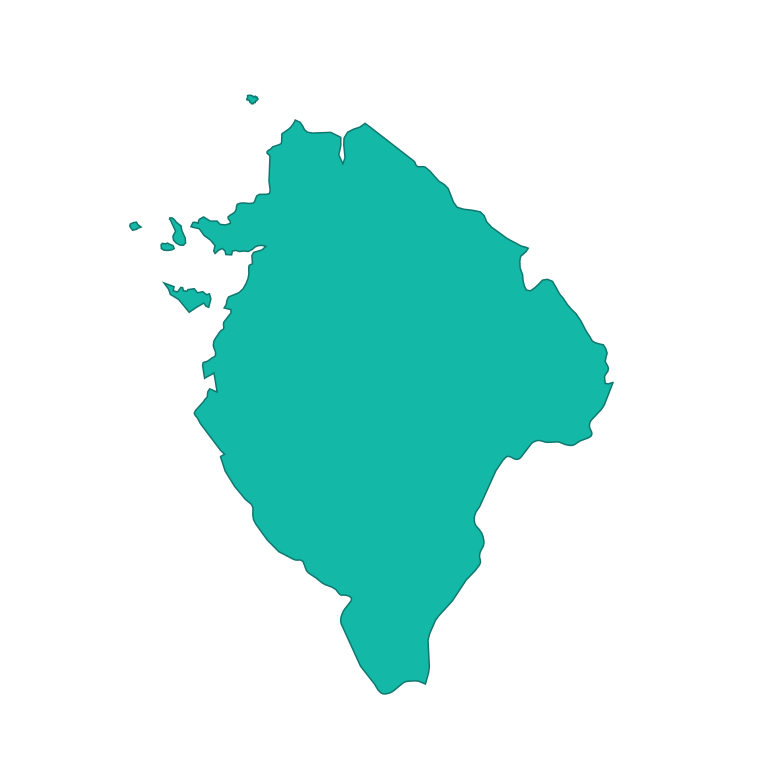 the border of P'yŏngan-bukto, rotated 81°
{"feature_id": "PRK-3312", "entity_name": "P'yŏngan-bukto", "entity_type": "Province", "adm_level": 1, "iso_a3": "PRK", "parent_name": "North Korea", "parent_adm1": "", "projection": "orthographic", "projection_center": [125.079, 40.04], "detail": "fine", "context": "isolated", "style": "filled", "palette": "teal", "viewbox_px": 768, "rotation_deg": 81, "n_neighbors": 0, "source": "natural_earth", "source_scale": "10m", "svg_char_len": 5448}
<svg xmlns="http://www.w3.org/2000/svg" viewBox="0 0 768 768"><g transform="rotate(81 384 384)"><path d="M417.9,165.4L419.0,162.6L418.3,157.9L418.4,157.6L438.2,169.1L440.6,170.9L443.3,173.5L452.1,184.9L454.0,186.5L457.0,187.6L459.4,187.7L464.0,186.4L466.1,186.5L467.9,187.7L469.1,190.3L470.8,198.6L471.2,200.0L473.4,204.7L474.0,206.6L474.0,208.7L473.5,210.6L472.9,212.6L472.1,214.5L468.9,219.8L468.6,220.7L468.4,221.2L467.2,231.6L466.6,233.8L464.6,237.9L464.0,239.9L463.9,242.0L464.3,244.0L464.9,245.9L465.9,247.7L477.7,260.1L478.9,261.9L479.3,263.9L478.9,265.9L477.8,267.8L476.3,269.6L475.2,271.5L474.8,273.6L475.9,275.9L478.0,278.5L487.1,287.0L520.2,308.8L524.6,313.0L526.9,314.4L529.6,315.6L533.7,316.2L536.5,316.0L538.7,315.2L542.6,312.7L546.6,310.8L550.6,310.0L554.8,309.9L557.1,310.2L559.7,311.3L563.1,313.9L565.9,315.7L569.7,316.7L573.4,316.4L575.3,316.6L577.6,317.9L582.6,323.1L590.3,333.3L609.1,350.6L621.4,366.0L625.4,370.1L638.0,378.1L644.0,380.6L670.2,383.4L675.8,385.0L686.8,390.0L682.9,396.4L682.8,396.9L682.1,399.4L681.6,403.7L681.3,408.2L681.7,410.4L682.5,412.4L688.6,422.6L689.5,424.8L690.1,427.0L690.3,429.3L690.3,431.5L689.8,433.7L688.2,435.7L685.4,437.7L678.9,440.3L659.1,451.3L614.2,463.8L611.8,463.9L609.7,463.6L607.6,462.9L605.7,462.0L601.7,459.5L600.0,457.9L593.1,450.5L591.5,449.8L589.8,449.9L587.9,452.0L586.9,454.1L586.2,456.4L586.0,458.4L585.6,459.8L584.9,460.5L583.4,461.6L579.6,463.6L576.4,467.3L573.1,473.2L570.8,476.3L565.3,481.1L560.2,486.7L558.3,488.5L555.8,489.9L546.7,491.7L545.1,493.6L544.6,494.9L544.5,496.1L544.4,497.0L543.9,499.2L542.5,501.6L533.2,514.1L519.8,523.7L502.4,532.5L497.5,534.1L492.4,534.0L486.4,532.9L484.1,533.1L481.9,534.0L476.2,539.0L461.7,547.6L445.2,554.5L430.2,556.9L430.3,557.3L428.4,552.5L424.0,555.8L394.5,571.5L388.2,573.7L385.7,575.3L383.1,576.0L380.6,574.2L373.1,564.9L371.8,564.0L369.2,560.6L364.2,559.3L361.5,556.9L365.8,550.1L346.5,550.2L347.5,552.4L349.4,558.1L350.4,560.3L337.7,560.3L334.9,559.5L334.2,557.7L334.0,555.2L332.9,552.7L331.2,549.7L330.6,547.4L329.4,545.9L326.0,545.4L321.6,546.4L318.8,546.5L315.2,545.4L313.0,543.8L306.8,538.0L305.5,536.3L304.7,533.9L302.6,533.3L300.0,533.3L297.8,532.5L289.8,524.0L286.6,523.6L283.9,530.0L280.7,527.3L276.9,526.1L273.7,523.9L271.1,512.9L268.0,508.4L263.6,504.8L258.8,501.9L254.4,500.3L248.0,499.4L245.7,498.6L244.6,495.1L236.5,494.4L233.6,492.1L232.5,483.7L229.6,479.1L227.9,483.1L227.7,486.8L228.6,490.2L230.5,493.1L231.9,497.3L230.7,501.5L230.6,506.1L228.9,509.3L229.0,513.0L232.6,514.3L231.4,520.0L227.8,520.2L224.8,522.6L226.0,526.4L228.7,530.4L226.2,531.4L220.9,529.3L214.8,532.8L209.1,538.5L201.7,542.2L199.2,548.6L198.4,550.1L194.5,547.3L194.6,545.8L194.9,544.7L196.1,542.3L194.0,541.7L193.0,541.1L192.2,540.0L190.8,536.0L195.9,530.1L197.0,523.3L200.7,520.9L202.1,515.7L201.3,510.6L199.2,510.4L196.8,511.9L194.7,512.0L193.6,510.4L191.7,506.0L190.6,504.2L188.0,502.5L185.5,501.9L183.6,500.9L182.9,497.8L183.2,494.6L184.6,488.8L184.9,485.2L183.7,483.4L178.4,480.4L177.2,477.5L178.3,469.9L177.9,467.3L175.3,466.2L165.4,465.8L141.2,461.0L139.9,461.5L138.9,462.5L137.8,463.4L136.4,463.2L135.3,462.0L134.2,459.0L133.5,458.4L132.4,456.9L131.2,450.2L130.5,448.0L128.6,447.2L120.9,445.7L117.1,437.8L115.1,435.2L113.1,433.1L111.2,431.5L109.4,430.4L112.4,425.9L116.3,424.0L120.2,422.8L123.2,420.4L125.0,415.3L127.1,397.3L133.6,388.1L141.6,389.3L150.5,392.8L160.1,390.2L154.4,387.1L141.3,386.3L134.9,385.0L129.6,380.5L127.6,374.3L126.5,367.7L123.6,361.9L128.1,357.5L168.7,319.4L169.8,318.8L172.8,318.2L174.4,317.0L174.9,315.6L175.4,311.3L176.2,309.4L180.8,305.4L192.2,298.1L196.7,293.0L201.1,290.0L215.3,286.9L220.8,284.2L223.8,278.1L226.2,269.6L229.0,262.0L233.4,258.7L239.9,257.2L245.8,253.3L259.7,239.5L269.2,226.9L271.2,222.4L272.5,220.3L275.4,222.9L278.0,226.8L278.8,228.6L281.1,229.8L283.7,230.6L290.5,231.4L298.1,230.0L303.8,230.5L309.3,230.0L313.5,228.6L314.9,224.9L312.8,220.4L309.7,215.8L306.2,211.2L306.2,206.1L309.0,201.5L316.0,198.8L322.6,196.5L327.1,193.7L334.1,190.5L339.3,187.3L344.9,183.2L352.9,179.5L362.7,176.3L370.0,173.1L373.8,171.7L376.3,168.9L378.0,165.2L379.7,161.1L384.2,159.3L388.4,158.8L392.6,160.6L396.4,162.0L401.8,160.1L403.9,159.9L406.4,160.9L409.8,164.2L411.6,165.1L417.9,165.4ZM280.8,545.1L279.5,547.5L275.9,549.3L278.9,557.1L282.7,565.2L276.5,568.8L268.3,573.7L262.1,581.0L256.7,581.9L249.8,585.5L255.1,576.1L258.8,577.7L260.8,573.5L256.8,569.6L257.4,567.8L260.7,567.5L260.9,566.0L261.6,564.2L260.1,562.9L260.2,556.5L264.7,553.9L264.5,548.5L268.0,545.4L267.6,542.3L272.9,541.7L280.8,545.1ZM212.4,567.1L209.1,569.4L205.1,569.4L200.4,566.0L188.6,569.3L187.7,570.1L186.4,569.5L186.9,567.0L188.9,565.3L191.7,563.8L196.4,559.5L197.6,559.9L201.5,559.5L208.7,557.5L213.6,557.9L215.6,560.4L214.9,563.8L212.4,567.1ZM212.6,573.6L214.3,570.7L217.4,570.0L218.3,572.4L218.3,576.5L217.4,580.4L215.4,582.7L211.6,582.4L210.4,580.8L211.4,577.7L210.9,575.8L212.6,573.6ZM78.7,469.1L80.0,467.8L79.6,466.3L80.3,466.2L81.1,465.6L80.5,464.8L81.2,464.4L82.3,464.0L83.1,464.0L83.6,464.8L84.3,465.3L84.7,466.9L85.9,467.2L85.8,468.2L85.8,469.0L86.7,469.2L86.7,470.2L86.3,471.2L85.3,471.5L84.5,472.5L83.1,472.5L82.3,473.8L81.9,475.0L81.1,475.0L80.5,474.1L79.1,473.8L77.8,473.6L77.8,473.4L77.7,472.0L78.1,470.3L78.7,469.1ZM186.2,609.3L185.4,606.0L185.4,603.2L187.9,602.3L191.0,599.4L191.5,602.3L191.7,603.0L192.5,604.1L192.8,608.3L189.3,610.1L188.0,610.4L186.2,609.3Z" fill="#14b8a6" stroke="#0f766e" stroke-width="1.5"/></g></svg>